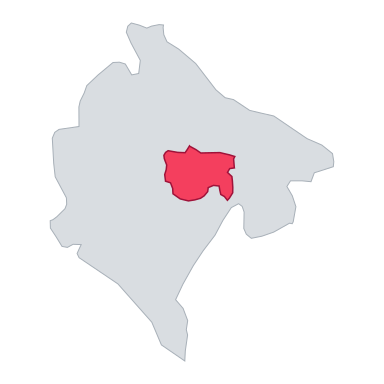 Montenegro, with Kolašin highlighted
{"feature_id": "MNE-1512", "entity_name": "Kolašin", "entity_type": "Municipality", "adm_level": 1, "iso_a3": "MNE", "parent_name": "Montenegro", "parent_adm1": "", "projection": "albers", "projection_center": [19.443, 42.798], "detail": "fine", "context": "in_parent", "style": "filled", "palette": "rose", "viewbox_px": 384, "rotation_deg": 0, "n_neighbors": 0, "source": "natural_earth", "source_scale": "10m", "svg_char_len": 1869}
<svg xmlns="http://www.w3.org/2000/svg" viewBox="0 0 384 384"><path d="M163.5,25.0L163.1,27.5L163.8,34.7L167.0,41.8L178.7,49.1L195.7,63.5L215.9,89.8L225.1,97.7L233.5,99.6L249.7,110.4L261.1,113.1L273.8,116.0L307.0,138.6L321.9,145.1L332.5,153.6L333.8,161.7L333.3,166.7L314.3,172.8L311.0,181.7L301.7,180.8L290.5,180.8L286.9,186.5L292.3,195.8L295.9,206.7L293.2,221.8L292.2,223.7L289.5,223.2L273.7,232.1L261.9,236.2L251.3,238.3L246.3,234.2L243.8,228.5L244.1,212.0L242.2,206.4L238.6,203.7L231.3,207.6L222.9,220.4L215.0,235.2L203.2,250.7L193.4,265.5L182.9,284.2L175.6,299.7L183.1,308.4L187.7,320.6L186.3,329.7L187.6,335.0L185.3,350.9L184.8,361.0L161.4,344.9L151.8,322.2L117.9,283.9L79.1,257.7L77.1,253.5L79.3,248.6L81.2,244.6L73.1,244.3L67.4,247.4L62.0,246.4L56.0,236.6L50.4,228.1L50.2,220.7L52.9,219.7L56.8,216.8L65.0,208.7L66.7,204.3L66.4,197.8L55.2,176.8L53.7,163.3L52.3,138.2L54.8,132.3L59.0,129.4L79.0,126.5L78.9,107.0L80.2,101.1L84.2,93.0L86.8,85.6L98.0,75.0L113.0,62.5L119.5,62.2L125.3,64.0L131.7,74.9L138.7,73.5L140.3,60.4L131.1,43.2L126.3,32.2L127.8,26.2L131.3,23.0L139.2,25.1L146.8,28.1L151.6,26.1L159.1,24.6L163.5,25.0Z" fill="#d9dde1" stroke="#a8b0b8" stroke-width="1"/><path d="M165.5,181.2L165.5,180.9L164.7,174.6L166.2,169.7L166.7,165.0L165.2,161.1L164.3,158.6L163.9,155.3L165.6,152.4L168.1,150.7L177.7,152.4L185.1,152.7L187.4,149.3L189.5,145.9L189.7,146.2L195.9,149.6L200.8,153.0L210.0,152.8L219.9,152.6L225.3,153.9L229.3,154.8L234.8,156.5L233.6,158.9L234.3,167.5L234.4,167.9L229.7,168.6L227.5,172.4L229.7,174.5L231.9,176.5L232.4,180.9L232.8,187.5L232.7,192.8L229.4,198.1L227.4,200.3L224.4,196.5L220.8,194.5L219.8,190.2L219.1,186.0L213.5,185.4L208.2,187.6L207.7,191.6L204.2,195.8L200.5,198.3L194.7,199.9L188.4,200.9L180.2,198.9L178.8,197.9L173.0,193.8L172.8,190.8L172.7,188.5L170.5,182.8L165.5,181.2Z" fill="#f43f5e" stroke="#9f1239" stroke-width="1.5"/></svg>